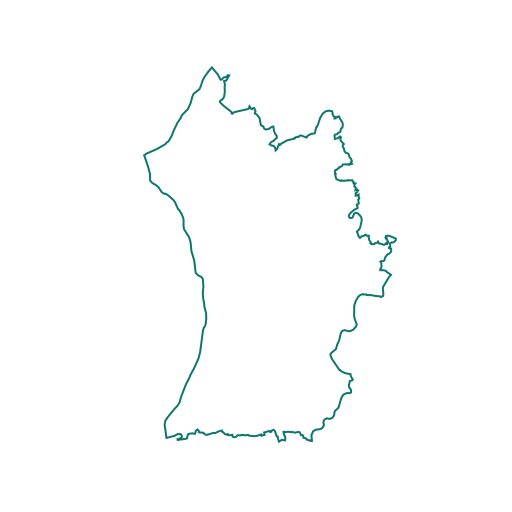 outline of Rajbari, Dhaka, Bangladesh, rotated 253°
{"feature_id": "16705992B48875454234518", "entity_name": "Rajbari", "entity_type": "district", "adm_level": 2, "iso_a3": "BGD", "parent_name": "Bangladesh", "parent_adm1": "Dhaka", "projection": "robinson", "projection_center": [89.601, 23.735], "detail": "fine", "context": "isolated", "style": "outline", "palette": "teal", "viewbox_px": 512, "rotation_deg": 253, "n_neighbors": 0, "source": "geoboundaries", "source_scale": "gbopen_adm2", "svg_char_len": 6076}
<svg xmlns="http://www.w3.org/2000/svg" viewBox="0 0 512 512"><g transform="rotate(253 256 256)"><path d="M449.2,269.0L446.7,264.9L442.5,259.4L439.3,256.2L434.2,252.6L432.0,250.6L429.3,243.6L426.7,241.5L421.2,238.1L416.3,233.7L412.4,226.4L410.1,224.5L406.3,219.8L400.3,214.2L395.3,210.3L391.9,206.6L391.1,205.5L390.8,204.1L389.4,201.8L387.3,192.7L385.9,181.1L385.1,178.5L372.8,178.9L365.4,178.6L359.0,176.8L356.1,178.2L353.0,181.1L350.7,182.7L344.7,184.5L342.1,186.6L342.0,187.7L339.9,189.6L333.8,193.4L330.9,194.3L323.3,195.2L323.0,195.8L318.0,197.1L313.7,197.5L312.1,197.4L306.0,195.5L302.7,195.0L293.5,197.5L288.6,197.5L279.7,195.7L269.7,195.6L257.6,193.4L254.8,194.7L251.8,197.7L249.6,198.4L242.3,196.8L235.3,194.0L229.2,192.8L226.9,192.8L223.1,191.9L215.8,191.5L210.6,190.1L205.8,188.0L204.0,187.0L202.5,185.0L200.4,183.6L180.5,174.5L174.9,171.1L166.5,163.7L161.1,158.2L158.8,156.5L153.8,151.5L142.7,142.8L138.4,140.2L135.6,136.9L133.5,133.1L127.3,123.9L124.7,121.0L121.4,119.3L108.2,117.2L107.8,125.7L108.5,127.9L108.5,130.0L107.4,132.1L105.6,132.5L104.5,132.1L103.7,130.3L103.8,127.4L103.0,127.3L101.7,135.4L101.9,136.8L103.9,137.8L105.6,139.3L105.1,143.1L103.8,145.5L104.7,146.4L106.4,147.2L107.2,149.4L105.6,150.1L104.8,150.2L104.5,149.8L103.8,150.2L102.8,153.3L102.1,153.7L102.0,154.2L100.2,155.1L99.3,156.9L99.3,163.4L98.6,165.4L99.2,169.1L99.1,172.3L97.5,172.4L97.0,173.2L94.8,174.1L93.9,176.0L93.9,176.8L93.1,176.5L92.5,177.7L91.9,181.1L90.0,180.9L89.0,182.1L88.9,184.4L90.0,185.8L88.9,189.2L89.2,189.8L87.5,193.9L87.3,196.1L86.2,196.9L84.1,202.0L83.7,204.4L83.9,208.8L83.3,209.1L83.1,208.5L82.5,208.6L82.5,212.0L84.9,212.2L84.7,217.6L83.5,218.0L83.5,219.3L84.4,219.6L84.7,221.8L83.7,222.6L82.3,223.0L77.7,223.0L76.9,224.0L75.1,223.6L71.7,223.7L72.7,226.9L71.2,229.8L73.3,230.8L75.1,231.1L76.3,230.6L79.7,230.8L79.8,231.4L79.1,231.7L78.5,235.4L77.2,238.2L77.3,238.9L75.6,241.7L75.5,244.4L74.9,246.0L74.4,246.4L71.6,246.7L71.0,248.2L70.6,248.5L68.3,248.2L67.4,250.1L65.6,250.7L65.6,251.3L64.4,252.4L64.1,253.6L63.3,253.8L62.8,255.4L68.6,256.7L71.6,259.4L72.4,262.1L71.7,266.7L72.0,268.8L74.1,271.4L77.3,271.8L79.5,273.5L80.1,276.2L78.6,278.9L78.9,281.7L81.1,284.4L83.1,285.0L84.8,286.3L86.4,289.8L87.3,290.9L94.2,295.3L96.8,297.6L97.8,299.2L98.2,301.0L98.3,303.1L97.4,305.7L97.6,306.8L100.0,307.8L103.0,306.7L105.2,307.0L109.0,309.3L108.9,311.5L109.4,312.4L113.6,311.5L115.3,311.9L118.0,306.9L120.8,303.9L122.4,303.1L122.5,302.5L135.0,298.6L138.1,298.2L140.3,298.4L141.4,300.0L143.7,305.3L147.6,307.8L150.6,310.6L157.0,314.3L159.2,316.5L159.2,319.1L157.2,322.1L156.6,324.1L157.1,327.3L159.3,331.1L161.1,332.3L167.1,332.0L170.3,332.4L179.9,335.5L183.7,338.1L187.3,342.0L188.2,344.5L188.3,347.2L187.5,348.2L187.0,350.3L186.4,350.4L185.6,352.2L185.5,353.5L182.8,358.7L181.0,363.1L180.2,363.4L180.6,365.7L182.3,366.7L187.8,367.8L189.3,368.5L196.5,376.5L198.6,379.6L202.2,376.6L203.8,375.9L205.2,373.6L206.1,370.7L207.4,371.1L208.0,372.3L209.8,373.1L212.7,373.7L214.3,373.4L214.5,374.0L213.9,376.3L214.1,377.3L217.0,379.2L219.1,382.3L219.4,384.4L220.4,386.1L221.5,386.9L223.4,387.3L224.0,387.0L224.2,385.8L224.7,385.4L225.4,385.8L225.8,387.1L228.9,387.9L229.3,389.7L228.8,391.3L229.3,392.7L230.4,394.4L231.8,394.8L236.2,389.5L236.9,388.1L237.1,386.1L236.0,385.3L235.3,386.1L234.6,385.4L234.1,386.0L230.6,386.5L229.0,385.0L229.3,384.4L230.3,384.4L229.2,382.2L229.4,381.2L230.5,380.0L232.3,377.0L234.0,376.9L233.4,376.0L233.5,373.8L232.8,372.7L233.5,369.9L234.2,369.8L234.6,369.2L235.2,369.8L238.5,368.9L240.0,369.3L241.1,369.1L242.0,369.9L242.5,369.7L243.3,367.5L244.4,366.9L243.8,365.2L243.9,362.9L242.9,360.7L244.6,359.9L248.5,359.8L249.7,359.5L251.1,362.2L252.7,363.9L259.0,367.5L261.9,368.0L264.3,367.3L266.9,365.9L267.8,364.8L268.2,363.7L267.9,362.3L264.5,359.5L264.7,357.2L266.1,356.3L267.8,356.7L269.5,358.8L271.4,363.2L272.0,367.0L273.2,367.5L275.4,367.2L275.7,367.6L275.5,368.5L276.3,369.2L276.3,369.7L280.0,370.2L280.7,371.5L281.7,371.8L282.4,371.4L284.7,372.1L284.3,369.5L284.5,368.9L287.0,369.7L287.5,371.6L288.7,372.0L288.9,372.8L290.1,372.2L289.9,370.3L292.1,371.4L293.0,371.2L293.7,370.3L294.2,370.5L295.5,371.2L296.1,372.0L296.3,371.0L296.9,370.5L297.5,370.6L297.8,371.2L299.6,370.2L300.3,370.3L301.1,367.0L301.7,366.2L301.3,365.5L302.1,363.6L302.0,362.5L302.6,360.9L303.4,359.8L303.0,359.0L305.9,355.4L309.2,355.3L310.4,355.5L310.9,356.2L311.5,355.6L312.3,356.1L313.9,356.1L315.0,357.1L314.7,358.0L315.6,359.6L315.8,360.9L316.4,361.2L316.8,364.4L318.1,365.8L317.6,368.3L317.0,369.2L316.7,371.9L316.0,371.8L316.1,374.8L317.7,374.1L318.5,374.7L318.6,375.4L321.1,375.3L323.4,374.3L326.1,374.4L327.4,373.7L328.4,372.1L330.2,371.3L333.6,371.4L335.6,370.9L336.9,371.6L337.4,372.7L341.8,370.6L343.3,370.9L344.4,371.9L345.0,371.9L345.8,371.1L344.8,368.8L344.9,365.6L348.2,366.3L349.0,366.9L348.8,369.2L349.6,370.2L350.0,372.8L353.1,374.7L353.5,376.1L354.9,376.9L356.9,377.6L358.8,377.6L363.2,376.4L365.2,376.2L365.4,375.8L364.9,374.0L365.5,373.2L364.4,372.5L364.5,371.3L365.7,371.8L368.5,370.6L371.4,371.2L372.4,370.9L373.0,369.3L373.6,368.8L374.0,364.9L372.7,361.5L369.6,358.0L363.2,353.4L361.3,351.5L361.4,351.2L356.1,348.0L356.3,346.2L356.7,345.3L355.9,340.5L354.5,339.0L358.2,334.2L358.2,332.7L357.4,331.5L357.8,330.6L357.9,328.5L357.4,328.1L357.6,327.4L357.0,327.1L357.5,319.5L356.0,312.8L355.1,311.2L355.2,310.8L356.1,310.6L352.2,307.4L351.3,305.6L353.1,306.0L356.0,305.3L357.3,303.0L358.8,301.6L360.4,303.5L360.9,306.1L363.0,310.6L365.3,310.9L366.7,310.1L370.1,309.8L374.8,310.4L374.8,308.5L373.8,305.6L373.9,303.2L374.2,302.2L375.5,301.1L377.8,300.8L379.7,298.9L387.2,299.7L391.2,298.0L392.7,296.5L394.7,297.9L398.0,297.5L398.2,296.5L397.6,295.0L398.2,294.4L401.0,293.5L399.1,292.3L398.9,291.1L399.9,277.6L399.7,276.4L398.9,275.1L399.0,274.7L399.4,274.4L400.7,274.6L401.8,274.0L409.5,268.7L413.4,266.6L414.5,266.6L416.2,270.7L418.0,272.3L422.0,274.1L427.1,275.5L428.9,276.4L432.6,276.6L432.5,278.9L436.5,283.1L437.2,281.8L435.8,280.3L436.2,277.3L434.7,274.9L435.1,273.6L440.6,272.6L449.2,269.0Z" fill="none" stroke="#0f766e" stroke-width="2"/></g></svg>